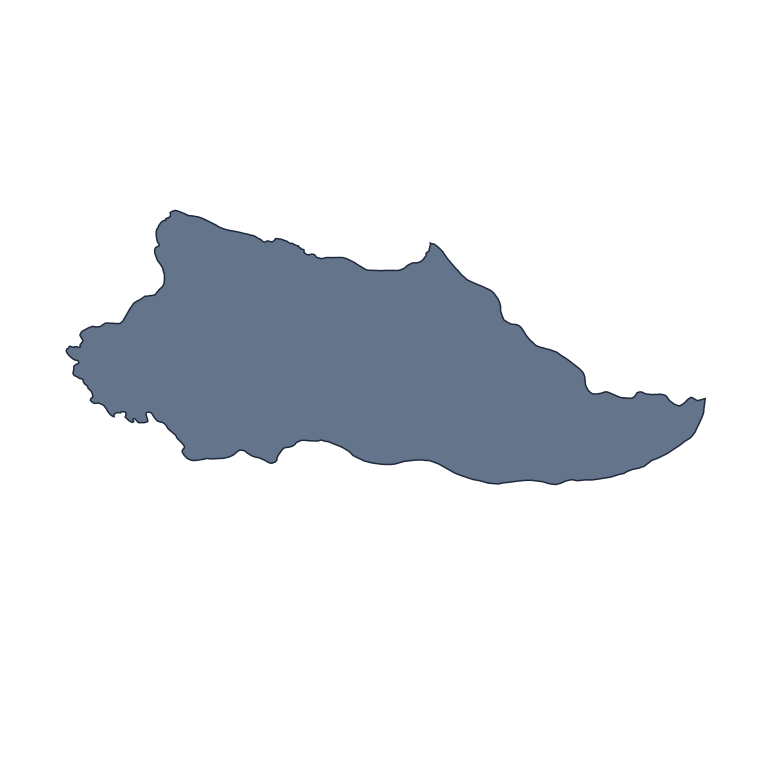 Cailaco, Bobonaro, East Timor, rotated 114°
{"feature_id": "22284137B47334481051", "entity_name": "Cailaco", "entity_type": "district", "adm_level": 2, "iso_a3": "TLS", "parent_name": "East Timor", "parent_adm1": "Bobonaro", "projection": "equal_earth", "projection_center": [125.257, -8.874], "detail": "fine", "context": "isolated", "style": "filled", "palette": "slate", "viewbox_px": 768, "rotation_deg": 114, "n_neighbors": 0, "source": "geoboundaries", "source_scale": "gbopen_adm2", "svg_char_len": 6155}
<svg xmlns="http://www.w3.org/2000/svg" viewBox="0 0 768 768"><g transform="rotate(114 384 384)"><path d="M236.4,399.1L238.2,398.1L240.0,398.0L243.8,397.2L244.9,397.2L245.8,398.1L247.3,398.7L248.3,398.4L249.2,397.8L250.1,397.8L251.9,398.4L253.7,398.7L256.0,399.5L257.9,400.9L259.8,403.0L261.7,407.1L264.2,409.3L266.6,411.1L269.4,412.2L270.8,413.2L273.2,415.5L274.6,417.4L279.6,428.8L281.4,432.2L286.7,445.3L286.8,447.7L285.7,456.8L285.0,460.7L284.7,468.5L284.8,470.3L285.5,473.9L290.4,484.5L291.3,486.9L291.9,488.0L294.5,491.4L295.0,492.5L295.8,497.4L294.8,498.6L294.1,500.4L294.5,502.3L295.4,503.8L296.6,505.3L297.2,507.5L296.3,510.4L293.8,511.9L294.4,514.4L293.8,515.0L293.8,516.4L293.5,517.6L292.7,518.0L293.0,519.2L293.2,522.4L292.8,524.9L293.7,527.0L293.4,529.6L293.1,530.7L293.6,537.1L295.1,542.0L295.7,542.4L296.5,542.4L298.0,542.8L298.8,543.3L299.5,544.0L300.0,544.7L300.3,547.2L300.9,549.1L301.9,549.6L302.8,550.3L303.1,551.7L303.1,552.7L302.1,555.5L302.1,558.0L301.5,562.6L301.6,564.0L302.1,565.5L302.4,568.5L303.6,574.1L304.2,577.9L305.3,582.8L306.5,587.3L307.3,591.8L307.6,596.2L307.6,599.4L307.1,602.4L306.5,617.0L307.0,622.2L308.0,625.5L308.3,627.2L309.6,630.9L309.7,632.4L309.5,634.2L309.6,637.8L309.7,640.9L310.1,644.4L310.8,646.1L312.8,648.0L314.3,649.1L317.0,647.6L317.8,647.5L319.5,648.3L321.6,650.5L322.6,650.4L323.3,650.0L323.8,651.0L324.7,652.0L325.7,652.8L327.0,653.4L331.5,654.3L332.6,654.0L334.8,654.4L336.4,654.4L340.5,652.8L345.0,649.9L346.7,648.3L348.2,645.9L349.0,645.7L349.7,646.1L351.3,647.5L352.7,648.2L355.1,648.0L357.7,646.6L362.4,642.1L363.4,641.0L365.2,637.6L368.2,633.2L371.1,631.2L373.1,629.3L377.3,627.3L380.7,626.1L383.4,625.8L385.5,626.1L389.3,627.8L393.8,629.0L395.2,629.2L396.4,630.4L397.5,631.9L398.3,633.5L399.7,635.4L401.1,638.1L405.8,640.9L408.8,643.4L411.6,645.2L412.5,645.6L416.7,646.3L418.3,646.7L433.1,648.2L436.1,649.9L436.9,651.3L441.3,662.7L442.2,663.7L445.9,665.9L447.4,667.2L449.2,670.7L449.5,672.6L450.0,674.0L451.3,675.0L453.0,677.0L454.3,677.8L457.2,680.2L459.3,681.5L462.6,681.8L463.5,681.2L466.9,676.6L467.8,676.6L471.2,677.5L472.4,677.4L473.7,676.5L474.6,677.4L475.0,680.4L475.7,681.7L476.5,681.9L476.9,682.7L477.1,685.8L477.6,686.7L479.7,687.0L480.9,687.8L482.2,688.0L483.3,687.6L484.9,685.6L485.9,683.7L486.9,680.9L487.6,678.3L487.8,677.0L487.8,675.9L487.2,673.8L487.3,672.8L488.1,671.8L488.7,671.5L489.5,671.5L491.5,673.3L492.7,674.1L494.3,674.5L496.1,673.5L500.4,672.6L501.4,671.9L502.2,670.5L502.3,668.8L502.2,666.7L502.6,665.7L502.7,664.6L502.3,661.8L502.6,660.8L504.5,659.3L505.6,657.8L506.5,654.2L508.4,652.4L509.6,648.8L510.4,647.7L512.4,645.9L514.2,644.7L516.7,645.9L518.1,645.7L518.9,644.7L519.3,643.3L519.5,641.3L519.4,640.4L517.8,637.6L517.3,636.3L517.4,632.8L517.7,631.1L519.6,627.6L521.8,624.6L522.9,622.4L523.5,620.8L523.9,618.5L523.5,617.2L522.5,618.0L521.2,618.1L519.0,616.6L518.5,615.9L517.6,613.1L516.6,612.9L516.1,612.3L515.3,610.7L514.8,609.1L515.1,608.2L517.2,607.1L519.4,607.1L520.9,603.1L521.4,601.1L521.5,598.7L521.1,597.8L520.1,597.3L519.4,598.3L518.0,599.0L517.2,598.1L517.2,597.3L518.1,595.1L519.1,593.1L519.1,592.2L518.1,590.2L516.9,587.4L515.0,585.0L514.1,584.6L513.1,585.2L512.0,586.0L511.0,587.1L509.3,588.3L508.4,589.4L506.8,589.2L505.9,588.5L505.4,587.4L505.0,585.9L505.2,584.7L505.6,583.8L507.6,581.0L509.3,577.7L510.0,575.9L509.9,574.1L509.3,571.2L509.3,569.8L509.9,567.4L510.6,565.9L512.4,563.6L513.1,561.9L515.4,553.8L516.0,552.8L516.9,552.0L518.0,550.3L519.8,545.3L521.8,541.2L523.9,540.4L525.6,541.2L527.1,541.2L528.3,540.6L530.2,537.9L531.7,534.5L532.1,532.1L532.1,530.4L531.7,527.6L530.0,524.2L525.4,517.1L524.0,515.6L523.5,513.6L522.1,510.0L520.2,506.5L517.7,501.4L516.3,499.2L513.5,495.7L510.1,492.7L505.4,490.5L503.5,489.2L502.6,488.0L501.9,485.0L501.8,483.9L502.1,482.3L502.6,481.5L503.2,477.3L503.4,474.4L502.9,470.6L502.4,469.3L502.2,467.1L502.2,462.5L502.6,458.4L502.6,456.1L502.4,455.1L501.6,453.7L500.0,452.3L499.6,451.7L497.5,450.9L495.4,451.5L492.8,451.7L486.6,450.6L483.6,449.6L481.7,447.6L480.3,445.0L478.0,442.3L475.7,440.9L473.2,440.3L469.5,437.1L467.9,434.2L466.4,429.6L463.1,421.4L460.7,418.6L460.3,414.7L459.3,411.1L459.1,404.0L458.8,398.9L459.0,394.6L459.7,389.4L460.4,386.5L461.9,383.5L462.2,379.0L462.2,374.1L462.4,371.3L461.3,364.4L460.3,360.3L458.3,353.6L457.1,350.4L454.6,344.8L452.6,341.4L446.5,334.1L441.1,325.0L438.0,318.7L437.1,315.4L435.6,311.8L435.1,306.9L434.8,301.2L436.6,283.1L436.2,275.7L435.7,270.3L435.0,263.7L433.3,256.7L432.2,248.5L428.8,238.9L425.8,234.8L422.2,228.6L418.5,222.7L414.7,216.0L411.9,209.9L408.7,199.2L408.1,193.7L407.2,189.8L405.9,186.1L403.1,182.5L398.5,178.3L395.0,173.6L393.8,168.2L389.7,161.0L386.9,154.7L382.5,147.7L376.6,138.7L371.2,132.7L368.0,128.4L364.8,126.1L360.9,122.2L357.6,117.5L353.4,112.9L344.8,108.2L340.4,103.7L332.5,97.1L319.5,88.8L313.7,85.7L309.0,82.4L305.5,81.2L301.0,80.2L296.9,80.3L291.5,80.0L284.6,80.0L280.3,80.3L277.4,81.4L266.7,84.6L271.6,90.7L271.7,91.8L271.1,96.8L271.5,98.3L274.4,100.2L278.6,101.6L281.1,103.0L283.7,104.9L284.2,106.4L284.4,110.5L283.1,116.0L281.8,118.7L280.4,120.7L280.0,123.2L280.8,127.1L281.7,129.1L282.7,130.5L283.6,132.9L284.6,134.7L286.4,140.1L286.6,142.2L286.5,145.0L287.0,146.8L288.9,149.2L292.9,149.8L294.6,150.6L295.9,151.7L297.1,153.7L299.7,161.0L300.2,163.2L300.3,168.8L300.3,174.8L300.6,177.4L301.5,179.1L304.4,182.2L307.1,186.5L308.0,189.0L308.1,190.6L307.6,192.5L306.6,195.1L304.0,198.4L302.7,199.6L295.9,203.5L293.8,205.4L292.6,206.9L291.3,209.8L290.4,212.3L287.2,225.1L286.9,227.2L286.5,228.6L285.9,233.6L285.2,236.8L284.8,238.2L284.7,239.7L285.3,247.3L285.9,249.6L286.2,252.9L286.8,255.9L287.1,260.1L286.5,262.7L285.6,264.7L284.6,268.1L283.2,271.1L281.8,273.8L277.9,279.5L276.7,281.6L275.9,283.8L275.8,287.0L277.6,292.2L277.4,295.8L276.7,300.5L273.5,304.0L269.7,307.3L265.7,309.0L262.3,311.8L259.9,314.4L256.6,320.1L255.9,321.6L255.2,324.3L255.0,326.9L254.9,335.4L255.1,340.2L255.1,347.2L255.0,350.2L254.9,351.1L253.8,353.8L252.9,357.2L250.4,362.3L249.6,364.7L244.0,376.4L240.7,382.0L239.5,383.7L238.1,387.0L236.8,390.6L235.9,394.6L235.9,395.7L236.4,397.7L236.4,399.1Z" fill="#64748b" stroke="#1e293b" stroke-width="1.5"/></g></svg>